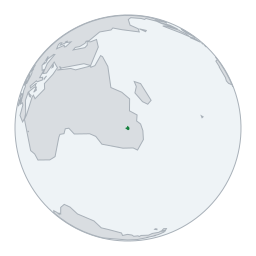 the Earth from above Kgatleng, rotated 303°
{"feature_id": "BWA-2646", "entity_name": "Kgatleng", "entity_type": "District", "adm_level": 1, "iso_a3": "BWA", "parent_name": "Botswana", "parent_adm1": "", "projection": "orthographic", "projection_center": [26.553, -24.114], "detail": "fine", "context": "on_globe", "style": "filled", "palette": "green", "viewbox_px": 256, "rotation_deg": 303, "n_neighbors": 0, "source": "natural_earth", "source_scale": "10m", "svg_char_len": 4585}
<svg xmlns="http://www.w3.org/2000/svg" viewBox="0 0 256 256"><g transform="rotate(303 128 128)"><circle cx="128" cy="128" r="113" fill="#eef3f6" stroke="#a8b0b8"/><path d="M16.7,110.8L16.6,112.3L18.2,110.8L18.5,114.2L18.1,117.4L19.1,116.6L19.2,118.4L24.8,114.8L29.2,116.1L30.1,122.5L28.4,132.4L31.5,150.1L29.7,159.9L32.3,167.2L36.4,179.7L34.9,182.0L38.5,185.5L40.4,189.7L40.3,191.8L43.0,195.1L43.1,196.5L45.0,197.5L49.3,203.6L52.9,205.9L57.1,210.5L59.4,211.7L59.5,212.3L60.6,213.6L62.1,214.6L60.4,214.9L55.3,211.6L52.4,208.9L52.4,209.4L45.9,202.8L47.4,204.7L39.6,196.6L33.8,188.5L22.7,167.8L21.5,164.8L18.9,156.1L17.0,147.1L15.8,138.1L15.4,129.0L15.7,119.8L16.7,110.8ZM64.6,215.0L61.3,215.3L62.5,214.9L59.9,212.2L62.9,212.7L64.6,215.0ZM58.5,207.7L57.5,205.5L58.3,205.7L59.1,207.2L58.5,207.7ZM125.6,15.4L120.2,15.8L119.1,16.0L120.4,16.1L116.4,17.4L112.9,18.0L112.0,17.0L107.1,17.8L108.5,17.1L113.6,16.3L125.6,15.4ZM134.5,15.5L137.0,15.8L136.7,15.7L138.9,15.9L139.3,15.9L147.3,17.0L155.2,18.7L163.0,20.9L170.6,23.7L177.9,27.0L185.1,30.9L191.9,35.2L198.3,40.0L204.5,45.3L210.2,51.0L215.5,57.1L220.4,63.5L224.7,70.3L228.6,77.4L232.0,84.7L232.2,85.2L236.7,98.5L237.4,101.4L237.2,103.6L236.7,101.3L233.1,91.5L234.1,98.0L237.0,107.3L238.0,115.9L236.6,111.0L235.3,103.5L234.0,99.8L233.1,93.8L229.6,83.4L228.1,82.8L227.0,79.3L222.0,70.2L219.1,69.2L215.4,73.7L216.8,82.5L214.7,85.1L207.2,69.5L203.6,60.8L201.0,60.4L193.1,51.9L180.0,47.8L178.0,45.6L175.6,45.8L170.0,43.1L166.9,39.9L163.6,39.5L171.9,48.1L175.4,48.7L178.2,46.5L179.8,49.6L185.1,53.4L179.7,59.0L160.0,62.6L157.9,56.0L142.0,39.4L142.3,37.9L142.3,37.7L142.1,37.4L140.8,39.9L138.0,37.1L146.7,47.5L148.2,52.4L159.7,62.9L158.7,63.8L162.3,66.3L173.8,65.6L173.9,67.9L168.6,77.6L152.6,91.6L154.6,103.3L153.3,113.5L143.2,119.9L143.9,128.5L138.6,131.4L138.2,136.4L133.9,141.9L126.7,147.2L114.7,148.0L114.1,143.2L108.3,134.7L100.2,114.9L103.4,105.6L102.3,99.0L93.7,86.2L95.6,78.5L93.2,75.8L88.4,77.4L85.6,74.4L82.7,75.0L64.3,82.4L58.7,79.8L52.1,69.9L55.4,63.9L56.0,58.7L78.9,36.4L83.7,35.8L101.8,30.7L104.0,30.8L101.9,34.1L115.4,36.8L119.7,33.7L132.0,35.8L140.1,36.0L143.1,30.2L129.7,29.7L127.4,27.1L138.1,25.2L149.8,26.6L149.3,25.6L141.9,23.1L144.6,22.0L139.4,22.2L141.5,23.2L138.3,23.5L136.1,22.7L137.2,22.2L133.7,21.8L129.6,24.6L131.3,25.8L122.1,26.5L124.1,28.8L121.6,30.0L117.3,26.7L117.7,25.5L109.8,23.1L108.5,24.4L115.9,26.9L113.6,26.8L111.9,29.1L111.3,27.3L103.6,24.8L95.3,26.9L84.6,34.2L79.8,36.0L75.7,36.3L79.7,30.6L90.1,27.3L91.6,25.7L89.5,24.8L92.9,24.0L93.3,23.4L97.2,22.4L102.8,20.1L106.8,19.4L109.1,17.9L111.5,17.4L109.4,18.3L110.2,18.8L120.1,17.8L122.1,17.4L122.7,16.7L125.4,16.7L124.8,16.2L130.5,16.0L123.0,15.9L123.6,15.6L127.0,15.4L126.1,15.4L134.5,15.5ZM71.1,45.5L70.5,47.0L71.1,45.5ZM162.4,31.6L169.2,33.3L165.8,29.5L168.2,30.0L166.1,28.7L165.5,29.3L160.5,26.1L163.4,26.0L162.4,24.8L160.0,24.2L155.6,25.0L162.7,29.4L161.3,30.4L162.4,31.6ZM91.9,21.9L93.2,21.7L91.6,22.5L86.6,24.3L88.7,23.1L91.9,21.9ZM95.4,21.3L95.9,20.3L99.1,19.4L97.2,20.0L99.3,19.5L96.8,20.4L99.3,20.9L98.1,21.7L89.4,24.1L92.9,22.8L91.4,22.9L95.4,21.3ZM106.6,29.4L108.3,29.3L111.1,28.9L110.0,30.5L106.6,29.4ZM101.2,27.6L102.7,27.2L102.6,28.9L100.8,29.2L101.2,27.6ZM103.7,25.7L102.8,27.1L102.2,26.5L103.7,25.7ZM110.9,18.1L112.6,17.8L112.8,17.9L111.8,18.3L110.9,18.1ZM140.8,31.0L138.4,32.0L137.2,31.4L138.2,31.2L140.8,31.0ZM123.4,30.7L127.4,31.3L123.1,31.1L123.4,30.7ZM178.2,182.7L178.3,184.9L176.9,184.5L178.2,182.7ZM172.1,114.4L163.8,132.3L158.7,131.6L158.0,125.8L161.2,114.7L167.3,112.4L170.4,107.9L172.1,114.4ZM239.0,147.0L238.6,149.1L238.6,149.6L239.0,147.0ZM239.4,143.5L239.2,145.6L239.2,144.3L239.4,143.5ZM239.1,146.8L239.1,146.4L239.1,146.7L239.1,146.8ZM239.4,142.3L238.4,135.3L237.7,131.4L238.2,130.2L239.4,135.0L239.4,142.3ZM238.1,130.0L236.6,121.0L232.5,101.6L234.0,103.6L237.9,117.7L237.7,118.8L238.6,125.2L238.1,130.0ZM240.6,130.2L240.6,130.7L240.4,134.9L240.1,130.6L239.8,128.2L239.6,121.2L239.8,118.9L240.1,120.4L240.2,118.0L240.6,130.2ZM217.3,83.5L219.8,90.2L218.4,90.3L217.3,83.5ZM219.6,193.6L220.9,191.7L220.2,188.0L221.1,184.8L223.3,182.3L229.0,170.9L228.9,171.9L232.0,165.2L233.8,165.9L235.3,162.4L232.3,170.6L228.6,178.6L224.4,186.2L219.6,193.6Z" fill="#d9dde1" stroke="#a8b0b8" stroke-width="1"/><path d="M128.7,127.3L128.7,127.5L128.6,128.0L128.5,128.3L128.4,128.3L128.2,128.4L128.1,128.6L127.9,128.7L127.9,128.9L127.7,129.0L127.3,129.1L127.2,129.0L127.1,128.9L126.9,128.8L126.9,128.7L126.9,128.4L126.9,128.1L127.0,126.9L128.3,127.7L128.5,127.5L128.5,127.4L128.7,127.3Z" fill="#22c55e" stroke="#15803d" stroke-width="1.5"/></g></svg>